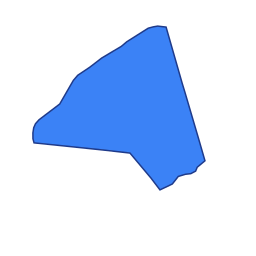 the district of Montanhas, Rio Grande do Norte, Brazil, rotated 147°
{"feature_id": "56859067B36575114506643", "entity_name": "Montanhas", "entity_type": "district", "adm_level": 2, "iso_a3": "BRA", "parent_name": "Brazil", "parent_adm1": "Rio Grande do Norte", "projection": "mercator", "projection_center": [-35.285, -6.496], "detail": "fine", "context": "isolated", "style": "filled", "palette": "blue", "viewbox_px": 256, "rotation_deg": 147, "n_neighbors": 0, "source": "geoboundaries", "source_scale": "gbopen_adm2", "svg_char_len": 555}
<svg xmlns="http://www.w3.org/2000/svg" viewBox="0 0 256 256"><g transform="rotate(147 128 128)"><path d="M214.9,166.7L160.5,122.8L140.0,105.9L136.0,73.4L135.6,68.0L134.9,58.7L121.3,56.9L112.2,60.0L105.0,57.9L100.2,55.5L94.8,55.0L91.3,57.4L81.3,58.6L74.5,81.0L60.7,127.3L58.2,136.0L41.1,191.9L47.6,197.3L51.8,199.1L56.7,200.7L81.9,201.0L89.2,200.1L98.5,200.5L112.0,201.0L127.0,199.8L141.4,199.6L147.9,197.7L172.2,185.3L198.0,183.4L203.2,182.0L206.9,179.6L210.4,175.7L213.6,170.7L214.9,166.7Z" fill="#3b82f6" stroke="#1e3a8a" stroke-width="1.5"/></g></svg>